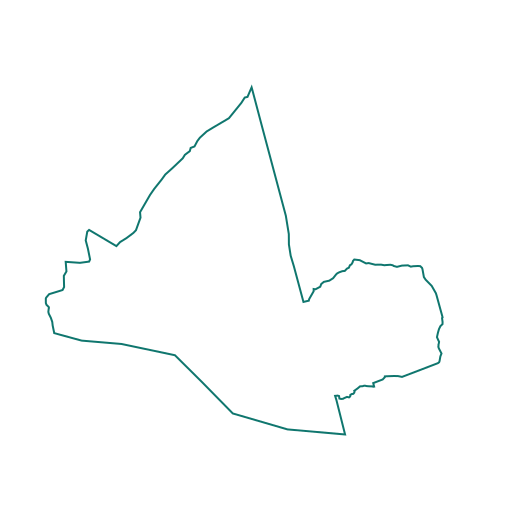 outline of Tema West Municipal, Greater Accra, Ghana, rotated 100°
{"feature_id": "2480657B69717792501029", "entity_name": "Tema West Municipal", "entity_type": "district", "adm_level": 2, "iso_a3": "GHA", "parent_name": "Ghana", "parent_adm1": "Greater Accra", "projection": "natural_earth1", "projection_center": [-0.066, 5.653], "detail": "fine", "context": "isolated", "style": "outline", "palette": "teal", "viewbox_px": 512, "rotation_deg": 100, "n_neighbors": 0, "source": "geoboundaries", "source_scale": "gbopen_adm2", "svg_char_len": 2310}
<svg xmlns="http://www.w3.org/2000/svg" viewBox="0 0 512 512"><g transform="rotate(100 256 256)"><path d="M90.7,289.6L100.8,292.0L101.9,294.6L107.7,297.0L125.0,306.6L136.9,320.5L141.9,326.2L149.2,331.8L152.9,333.7L158.8,335.6L160.9,339.1L164.2,339.4L168.7,343.6L172.5,345.1L183.6,353.3L191.5,359.5L197.1,362.2L207.4,367.8L214.1,370.9L233.0,377.8L238.3,376.4L251.5,378.7L254.6,380.8L260.9,386.7L265.9,392.3L270.5,395.2L259.3,424.9L261.3,426.4L270.2,426.4L278.0,422.8L288.2,418.8L290.5,419.4L293.3,428.2L294.8,442.4L304.1,440.0L308.9,441.8L314.0,440.8L319.9,439.6L323.1,440.6L324.6,443.5L329.5,453.1L333.4,455.4L334.4,455.6L338.8,454.8L340.4,453.9L342.2,451.3L343.1,450.9L343.8,451.0L347.1,450.8L348.9,450.0L352.5,447.3L356.3,445.2L359.7,444.2L367.0,441.3L369.6,413.0L366.0,373.2L367.8,318.6L389.6,287.2L415.1,251.5L421.3,194.9L416.3,137.3L384.1,151.7L380.0,153.8L379.5,151.9L379.3,151.4L379.5,149.9L381.9,149.1L382.0,147.7L381.9,146.8L381.4,145.3L380.8,144.7L379.0,142.0L379.0,141.1L379.1,139.8L378.6,139.3L377.4,138.8L376.5,139.0L375.4,137.9L374.8,136.2L373.5,135.5L372.2,135.4L371.7,135.8L368.6,132.8L366.3,130.9L365.7,128.3L365.1,127.3L364.8,126.2L364.9,124.5L364.7,122.2L364.2,118.7L364.4,117.9L364.1,117.0L360.8,118.5L355.6,109.8L353.0,108.1L352.2,108.2L351.9,107.1L350.2,99.2L349.6,95.2L349.7,91.2L332.8,63.0L329.9,58.2L328.8,57.2L327.6,57.0L322.8,57.0L319.8,56.4L315.6,59.6L314.7,60.2L313.7,60.7L312.9,60.6L312.0,60.9L310.6,60.8L308.7,60.8L307.5,61.7L304.5,63.7L299.9,63.5L296.2,63.1L293.0,62.2L290.7,60.5L288.6,60.8L286.4,61.5L284.8,62.0L284.0,61.6L263.3,71.4L261.4,72.4L254.9,77.8L249.9,84.8L247.6,87.0L240.0,89.8L238.8,90.5L238.1,91.6L237.5,92.4L237.7,94.7L238.8,99.5L239.6,101.7L238.8,104.7L240.1,110.6L242.2,115.3L241.9,118.7L241.4,119.7L241.3,122.2L242.4,126.6L242.8,127.9L242.8,131.3L243.9,137.2L243.4,143.8L244.2,146.3L242.1,153.1L242.4,158.6L244.0,159.6L245.7,159.8L247.7,160.6L248.8,161.9L251.4,162.5L252.6,164.2L255.3,166.0L255.9,168.2L256.1,168.6L257.6,171.2L259.0,173.0L260.2,173.9L264.5,176.2L267.6,179.6L268.2,181.1L269.7,184.7L272.3,186.9L275.1,187.4L278.5,191.7L278.5,193.5L280.7,193.1L289.0,196.1L290.9,196.3L291.1,196.9L293.0,201.3L259.6,216.9L249.7,221.9L238.9,225.6L228.7,227.5L211.2,233.6L126.7,272.9L93.4,288.3L90.7,289.6Z" fill="none" stroke="#0f766e" stroke-width="2"/></g></svg>